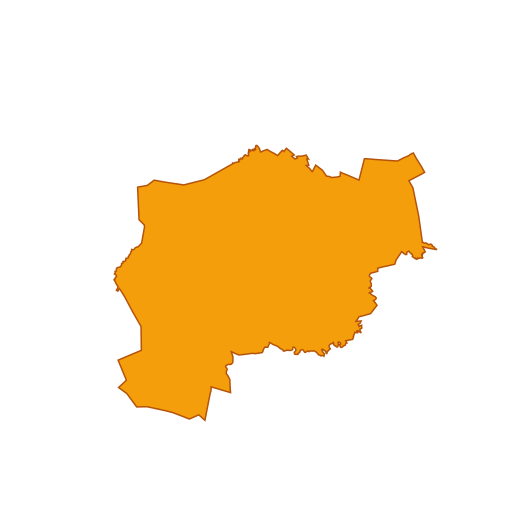 Xalisco, Nayarit, Mexico, rotated 325°
{"feature_id": "50627088B39496804164051", "entity_name": "Xalisco", "entity_type": "district", "adm_level": 2, "iso_a3": "MEX", "parent_name": "Mexico", "parent_adm1": "Nayarit", "projection": "equal_earth", "projection_center": [-104.936, 21.399], "detail": "fine", "context": "isolated", "style": "filled", "palette": "amber", "viewbox_px": 512, "rotation_deg": 325, "n_neighbors": 0, "source": "geoboundaries", "source_scale": "gbopen_adm2", "svg_char_len": 6139}
<svg xmlns="http://www.w3.org/2000/svg" viewBox="0 0 512 512"><g transform="rotate(325 256 256)"><path d="M438.6,261.4L433.3,260.3L426.3,259.3L407.9,244.4L401.8,239.3L400.6,238.5L383.9,252.9L377.7,242.8L374.5,238.0L373.2,235.7L370.7,238.9L367.7,237.8L363.0,235.1L361.8,233.1L359.5,230.9L359.6,230.0L359.6,223.7L357.0,215.8L351.2,218.9L350.4,219.1L350.0,214.5L349.1,210.7L351.3,211.9L352.6,207.8L353.1,205.7L354.4,206.3L354.6,206.6L355.0,202.1L351.9,201.0L349.2,199.5L348.1,198.5L346.2,197.8L346.2,198.7L346.0,199.5L343.6,198.9L342.5,194.7L345.3,195.1L342.7,185.2L338.8,186.4L338.2,184.5L331.3,186.1L329.8,182.5L327.8,178.8L326.2,175.1L322.4,174.1L320.1,173.7L319.4,173.4L320.3,170.2L320.2,170.1L320.4,169.3L320.5,167.9L320.1,165.9L319.8,165.9L319.7,165.7L319.0,165.6L317.6,167.3L316.9,167.1L316.2,167.5L316.6,168.2L316.6,168.6L315.6,168.5L315.3,168.3L315.0,168.5L314.2,168.3L314.0,168.0L314.2,167.8L314.7,167.7L314.8,167.4L315.2,167.3L315.1,167.0L314.9,166.9L314.5,166.8L313.7,167.2L312.8,166.5L312.2,166.9L311.9,166.8L311.8,166.5L310.8,166.7L310.6,166.3L310.7,166.1L311.9,165.7L311.7,165.2L311.4,164.7L311.1,164.8L310.4,165.5L309.9,166.3L309.3,166.6L309.0,167.2L309.3,167.3L308.4,168.1L308.2,168.0L307.5,169.6L305.9,168.6L305.4,167.1L304.3,166.8L303.8,167.0L302.9,167.6L302.2,167.6L301.4,167.9L301.0,168.3L300.3,167.7L300.3,168.4L298.3,167.2L298.0,167.7L297.2,167.0L296.7,167.6L296.3,169.1L292.7,167.5L291.1,167.3L290.8,167.0L290.6,167.1L290.3,166.6L290.1,167.1L257.4,163.9L237.5,156.3L223.3,142.8L216.1,135.5L207.4,135.8L198.5,131.7L181.0,159.2L182.3,166.4L181.4,168.2L169.6,179.9L164.4,180.9L163.7,180.3L162.8,180.3L162.4,180.1L161.6,180.0L160.8,180.4L160.0,180.6L159.3,180.5L158.4,180.1L158.1,179.3L157.7,179.5L156.7,180.8L155.9,180.8L154.0,182.4L152.9,182.3L152.3,183.0L151.5,183.1L151.1,183.2L150.8,183.8L149.9,184.3L149.4,184.1L148.8,183.7L148.1,183.3L146.4,185.1L146.0,185.0L145.3,185.1L144.6,184.5L144.0,184.2L143.7,184.4L143.1,185.4L142.8,185.4L142.0,185.0L141.6,185.1L141.2,185.4L140.8,186.3L138.8,187.0L137.8,186.9L136.6,186.2L135.1,186.0L134.3,186.4L133.1,188.0L132.7,188.2L132.4,188.2L131.7,187.8L131.4,188.6L131.1,188.9L129.7,189.6L129.8,189.8L130.3,190.5L130.3,192.3L129.9,192.5L129.8,192.8L127.9,193.3L127.0,194.2L126.7,193.7L126.4,193.7L126.2,194.0L126.0,194.4L126.0,195.8L125.4,199.9L125.5,200.1L125.4,201.9L123.8,203.2L122.0,204.0L122.7,205.5L125.4,204.3L125.4,207.8L125.0,214.3L122.9,231.4L121.4,247.8L108.0,267.5L83.3,262.2L78.6,283.4L68.0,284.9L71.3,294.6L71.7,311.2L80.2,316.9L92.4,330.0L98.3,336.9L107.9,351.3L118.0,353.3L119.9,361.3L139.1,342.8L141.6,340.8L144.2,337.5L156.8,353.3L159.8,348.2L163.7,342.2L164.4,337.2L164.1,335.5L164.3,335.0L166.1,333.0L167.1,332.7L167.5,332.1L167.7,331.0L167.6,329.4L167.9,328.8L168.5,328.5L171.5,329.0L171.9,329.4L172.1,329.7L173.3,330.4L175.6,330.1L176.2,329.6L179.3,325.3L180.9,320.2L183.5,324.7L185.2,327.2L189.0,329.4L197.3,333.7L199.4,335.6L205.5,338.6L206.5,338.4L208.3,336.9L210.8,335.7L213.3,337.5L217.1,335.2L217.3,334.5L217.7,334.7L219.2,338.2L221.6,341.9L222.2,343.2L222.7,345.5L224.1,348.1L223.9,349.4L224.2,349.9L225.4,350.4L227.0,350.7L230.1,353.2L232.3,353.7L233.8,352.0L234.5,352.2L235.0,352.7L235.2,354.3L235.1,355.3L234.4,356.3L232.0,357.0L231.4,358.2L231.5,358.8L232.0,359.3L233.9,360.6L234.0,360.4L234.5,360.0L236.1,360.0L237.2,359.7L237.6,359.1L238.2,358.8L239.4,358.9L239.9,359.1L240.3,359.5L240.7,360.1L240.8,360.6L240.6,362.4L240.7,362.9L240.9,363.1L242.1,363.4L243.4,363.3L243.8,363.4L244.3,363.8L244.3,364.4L244.6,364.8L246.4,365.1L247.7,366.3L249.1,366.9L250.3,369.5L250.5,371.0L250.5,372.8L251.6,374.0L251.8,375.0L253.9,375.9L254.1,377.0L255.6,375.8L255.8,374.9L255.8,373.8L255.6,372.8L256.2,370.3L257.1,370.5L257.8,372.8L258.4,373.5L258.3,374.4L257.6,376.0L258.0,376.5L258.8,376.0L259.2,375.3L260.4,375.2L260.7,375.0L261.5,374.9L261.8,374.8L263.6,374.7L263.6,373.2L264.0,372.1L264.7,371.2L265.5,370.9L266.3,370.8L268.5,371.4L269.6,371.0L269.7,371.6L269.2,372.4L268.9,372.8L268.8,373.7L270.1,377.0L270.5,377.2L271.0,377.2L273.1,375.2L273.3,374.7L273.6,374.1L274.0,373.7L274.3,373.7L275.3,375.4L275.3,375.9L275.2,376.3L274.8,376.8L274.5,376.8L274.3,376.5L274.0,376.5L273.7,376.6L273.4,376.9L273.0,378.7L272.9,379.2L273.2,379.6L273.6,380.0L275.2,380.1L275.9,379.7L276.3,379.8L277.9,380.3L278.2,380.2L278.5,379.8L279.2,379.2L279.8,379.1L280.6,379.4L280.9,376.9L287.3,379.7L289.6,378.2L289.6,377.6L292.8,375.7L293.1,375.2L295.2,377.2L295.8,376.6L295.6,375.3L295.8,375.2L296.5,375.4L296.7,376.4L297.9,378.9L298.2,378.8L298.4,376.7L299.3,375.5L301.0,375.9L301.3,375.7L302.8,373.3L300.7,372.8L300.0,372.9L300.1,372.4L300.4,370.9L300.6,371.1L300.7,370.7L302.9,370.7L304.9,369.5L300.3,366.9L303.7,365.7L305.3,364.8L309.8,366.5L316.7,368.9L319.8,368.0L326.9,365.8L326.8,361.6L326.6,360.0L328.3,360.1L329.9,359.9L330.0,359.7L330.4,359.3L330.4,357.9L328.7,354.6L328.1,351.9L327.5,351.3L327.8,351.0L331.2,352.0L331.4,351.4L331.1,348.7L331.3,347.9L330.2,347.1L330.6,346.8L333.1,346.9L334.6,344.7L334.5,344.4L334.7,343.5L335.4,341.8L337.4,341.2L338.0,340.9L338.0,340.2L337.4,338.8L337.3,337.8L337.6,337.1L338.1,336.6L339.0,336.2L339.6,336.2L340.1,335.9L346.9,338.4L348.7,335.8L352.8,337.3L358.6,339.8L365.0,342.3L368.5,339.6L377.9,336.0L378.3,337.3L378.3,338.1L379.4,340.7L380.0,341.1L380.5,341.1L381.1,339.8L382.4,339.5L383.9,339.7L384.1,341.5L384.4,342.5L384.4,343.5L384.9,344.4L384.5,345.4L383.7,346.1L384.5,348.4L385.1,348.5L384.9,349.7L385.8,350.5L386.4,350.4L386.0,350.8L389.5,351.7L390.7,353.1L391.5,353.1L391.4,352.8L392.3,350.3L392.7,350.8L393.3,350.2L393.6,349.2L394.4,349.6L395.1,349.7L395.4,349.3L395.7,349.4L396.0,349.7L396.6,349.8L397.1,349.5L397.8,344.1L402.0,348.8L407.5,354.2L407.8,354.0L407.6,353.6L407.0,353.2L406.9,352.9L407.1,351.6L407.0,350.8L406.2,349.0L406.1,348.8L406.4,348.6L406.5,348.3L406.4,347.2L405.9,346.6L405.6,346.5L405.5,346.2L403.8,345.6L403.6,345.4L403.4,344.2L402.9,343.0L402.7,342.7L401.6,342.3L401.1,341.7L400.6,340.4L400.1,340.3L412.2,316.6L423.7,290.0L424.4,282.0L437.1,283.7L442.1,284.2L442.8,277.9L443.3,267.9L444.0,261.9L442.6,261.5L440.6,261.3L438.6,261.4Z" fill="#f59e0b" stroke="#b45309" stroke-width="1.5"/></g></svg>